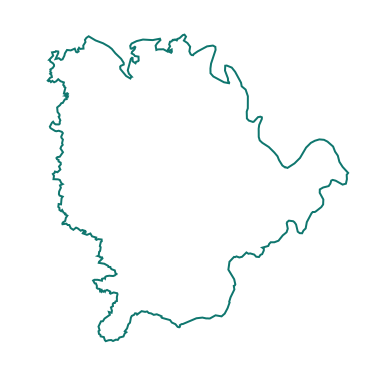 outline of Kishoreganj, Dhaka, Bangladesh, rotated 275°
{"feature_id": "16705992B82604838368079", "entity_name": "Kishoreganj", "entity_type": "district", "adm_level": 2, "iso_a3": "BGD", "parent_name": "Bangladesh", "parent_adm1": "Dhaka", "projection": "mercator", "projection_center": [90.932, 24.337], "detail": "fine", "context": "isolated", "style": "outline", "palette": "teal", "viewbox_px": 384, "rotation_deg": 275, "n_neighbors": 0, "source": "geoboundaries", "source_scale": "gbopen_adm2", "svg_char_len": 5899}
<svg xmlns="http://www.w3.org/2000/svg" viewBox="0 0 384 384"><g transform="rotate(275 192 192)"><path d="M305.2,231.3L315.5,224.5L319.4,220.8L321.0,215.6L320.7,214.1L315.8,214.3L308.3,217.9L305.9,218.2L304.3,219.5L303.6,219.4L304.1,214.3L308.9,203.2L311.9,200.1L316.6,199.6L321.6,199.8L335.6,203.1L338.6,202.6L339.7,200.1L338.4,194.3L332.5,185.3L329.4,181.6L328.4,181.2L328.4,179.7L329.3,178.5L331.9,177.1L336.6,177.5L340.0,174.5L342.1,170.7L346.2,172.5L348.1,170.8L347.5,169.2L344.2,166.2L343.4,164.5L341.8,163.7L342.6,162.8L342.0,162.1L342.3,161.0L341.6,160.5L341.8,159.5L340.2,158.5L339.8,157.0L336.9,156.4L335.3,157.5L331.5,155.6L330.6,156.8L332.2,159.3L329.9,159.7L328.9,159.1L329.9,156.6L329.6,155.8L331.7,151.1L331.1,145.6L330.4,144.1L334.6,143.0L336.9,144.2L340.6,147.3L341.9,146.7L339.9,139.6L339.6,129.9L337.5,123.7L334.6,118.9L332.2,117.7L329.6,118.4L329.5,119.5L331.7,122.4L331.3,122.9L329.1,122.3L326.3,120.0L324.8,119.8L323.8,122.1L322.5,123.2L322.2,126.9L318.3,127.4L317.7,127.0L316.8,125.0L315.3,124.5L317.0,121.5L320.4,121.1L320.5,120.5L319.4,119.5L307.7,117.4L304.4,118.8L301.5,122.0L301.3,121.4L299.7,120.7L301.8,116.3L308.3,109.9L310.6,109.5L311.5,110.1L313.0,112.9L314.7,112.7L318.5,109.8L323.5,103.6L327.6,99.6L329.7,96.4L332.4,90.5L334.6,82.7L338.1,75.5L336.4,73.4L334.2,72.1L332.1,72.8L328.4,70.9L325.4,71.4L324.8,68.1L325.8,66.9L324.0,66.0L322.1,66.8L321.1,65.4L321.5,64.3L324.6,62.7L322.5,58.9L322.6,55.1L319.0,53.3L316.7,53.0L312.9,51.5L312.2,49.9L313.7,47.7L312.6,44.5L318.9,46.7L320.3,46.5L320.4,44.1L319.8,43.8L318.9,40.4L315.7,41.8L311.1,38.1L310.9,39.0L309.7,39.4L308.1,42.3L306.8,43.4L305.5,43.6L303.5,42.5L301.7,40.2L300.9,40.6L299.5,40.3L298.4,41.4L297.4,40.4L296.1,41.9L294.3,42.4L293.4,40.7L290.4,38.6L289.9,39.4L290.4,40.8L289.2,41.9L290.5,43.2L289.3,45.1L290.4,47.0L292.7,48.9L290.9,51.4L290.0,54.8L287.4,54.4L286.4,55.6L285.7,55.5L284.9,56.8L278.9,55.8L278.6,56.7L279.5,59.2L278.9,59.9L277.9,59.3L276.8,57.3L276.5,60.1L275.4,59.8L275.6,58.4L273.6,59.0L273.1,57.2L269.5,55.5L269.1,54.1L267.0,52.9L264.5,50.3L260.0,51.1L257.7,53.2L256.3,53.4L255.4,52.6L251.9,54.6L250.6,54.1L248.5,54.3L247.7,53.5L247.5,50.1L248.3,48.8L249.9,47.5L248.7,46.4L244.7,44.7L243.3,45.5L240.9,50.3L240.7,51.5L241.4,53.9L240.6,57.1L239.4,58.2L235.7,56.9L234.7,57.2L233.0,58.8L229.2,58.3L227.7,59.1L226.0,57.8L223.9,57.2L220.4,60.0L215.6,57.2L215.0,54.8L214.0,54.0L212.9,54.7L212.3,56.3L210.8,56.4L209.8,58.6L208.1,58.9L205.8,57.3L202.9,58.9L200.0,56.3L200.4,53.7L199.1,53.4L197.8,51.8L196.1,53.1L192.7,52.9L192.9,57.4L192.5,59.2L189.4,61.1L188.6,62.5L187.1,59.9L184.8,61.0L181.0,59.6L178.3,59.6L176.9,60.4L176.1,63.6L174.4,62.6L168.3,62.6L168.4,60.2L165.5,60.1L164.6,61.3L162.6,61.5L161.5,63.3L162.7,64.2L160.3,65.8L159.5,67.8L158.6,67.5L157.6,69.9L155.3,68.6L152.1,68.2L150.3,65.9L149.0,65.6L148.6,65.8L149.5,69.6L148.3,71.0L148.4,72.7L145.5,74.3L144.0,77.1L146.4,79.6L145.8,81.4L143.7,84.5L144.6,86.0L143.9,89.1L142.4,90.0L142.9,89.2L142.8,87.5L141.3,86.8L140.2,91.1L141.8,94.4L139.1,96.3L138.3,100.5L136.7,100.0L136.0,100.9L136.9,102.6L136.8,106.1L135.1,106.4L134.2,105.5L130.0,104.9L129.1,105.8L126.3,105.7L124.9,105.4L124.3,104.7L120.5,104.6L120.0,103.7L119.6,105.8L119.0,106.1L119.0,107.5L118.4,107.6L118.8,108.2L118.0,108.6L114.4,105.5L113.3,105.3L112.9,110.9L111.1,115.0L110.0,115.3L110.2,117.2L108.9,117.6L108.0,118.8L107.2,121.9L104.1,123.0L103.7,124.7L103.3,123.2L102.2,122.4L101.4,120.7L101.4,117.0L100.8,114.5L100.0,113.1L98.3,112.9L98.6,112.6L97.7,110.0L95.8,110.0L96.3,105.7L96.0,102.4L95.2,101.2L92.5,103.1L92.5,104.3L90.2,105.4L88.2,105.5L87.5,106.4L87.4,108.5L85.5,109.0L86.2,109.9L85.4,109.9L86.0,110.6L85.0,110.9L85.7,111.5L85.0,112.4L85.9,113.3L85.2,114.0L86.0,114.2L87.0,115.9L85.7,119.2L84.1,119.0L83.6,119.6L85.1,122.8L84.6,126.3L83.7,126.7L80.7,126.3L76.8,126.7L76.3,125.3L74.7,124.8L74.6,123.5L73.4,122.8L71.4,123.2L70.0,121.3L66.7,122.6L64.7,122.4L65.2,119.7L62.5,120.9L58.3,115.9L55.5,114.5L55.2,112.6L49.8,110.6L46.2,112.0L45.2,111.0L42.5,111.7L41.8,113.1L40.2,113.6L39.8,116.8L36.8,118.1L35.9,119.1L37.1,122.0L37.5,124.4L36.7,126.3L38.3,129.1L38.2,131.0L40.7,132.4L42.1,136.3L45.2,137.3L46.6,138.8L47.4,137.2L50.4,139.2L54.6,140.1L56.4,141.6L61.6,142.1L63.3,142.8L64.6,145.0L66.2,145.9L66.1,147.4L65.1,148.0L68.9,152.2L68.5,155.8L69.1,157.7L67.7,159.4L67.5,161.9L66.3,164.6L67.1,167.6L65.8,171.8L65.5,172.6L64.4,172.5L64.0,173.1L62.5,181.3L60.2,183.3L58.9,187.0L56.4,189.4L56.1,191.0L56.7,191.7L58.3,191.5L59.5,193.2L59.7,194.4L66.6,207.4L67.8,213.3L67.3,217.2L67.6,220.9L71.2,226.2L70.7,232.3L73.7,235.2L79.4,237.6L85.2,239.1L85.8,238.6L90.5,239.6L98.6,242.7L102.1,241.8L102.7,242.8L103.8,243.2L108.8,241.6L117.8,235.0L125.8,235.4L130.0,238.7L131.0,239.5L130.9,240.6L131.7,241.9L130.9,244.8L131.8,247.5L136.5,251.5L135.4,253.6L135.9,255.3L135.1,259.4L133.1,261.6L133.1,264.4L135.4,265.7L136.2,267.3L139.9,268.6L141.8,268.5L142.7,266.9L144.9,272.7L147.0,273.4L148.8,274.8L149.1,278.4L151.0,282.4L156.7,286.2L160.1,289.7L163.8,290.6L169.1,289.1L170.3,289.4L171.9,291.0L171.7,295.3L170.9,296.6L168.7,298.5L161.7,300.8L160.4,302.9L160.5,305.3L163.3,306.4L165.6,308.4L172.0,309.0L181.2,312.9L182.6,314.0L182.8,316.1L183.6,317.2L188.2,322.1L191.0,323.7L196.0,323.5L202.3,319.3L205.7,319.1L207.9,322.2L209.8,327.6L212.4,329.1L215.5,329.7L216.3,331.1L215.8,334.1L212.5,341.4L213.7,344.6L218.3,345.2L222.6,344.6L224.6,345.9L230.1,339.9L234.9,336.2L240.9,334.1L244.7,331.0L249.6,328.6L254.0,322.6L255.5,318.9L255.5,314.3L253.8,310.0L251.3,306.1L246.2,301.8L235.3,296.6L229.4,291.6L224.3,285.0L224.9,282.9L224.6,282.6L226.3,279.7L231.4,275.9L235.0,274.1L238.6,270.5L243.5,264.6L247.1,257.8L249.3,255.0L252.6,253.7L260.9,252.9L264.7,253.1L270.9,255.2L272.5,255.1L273.0,253.6L272.3,251.2L267.4,247.4L267.1,246.6L268.1,242.4L270.0,240.3L276.9,239.5L280.2,240.3L292.3,239.3L298.7,236.5L301.6,232.3L305.2,231.3Z" fill="none" stroke="#0f766e" stroke-width="2"/></g></svg>